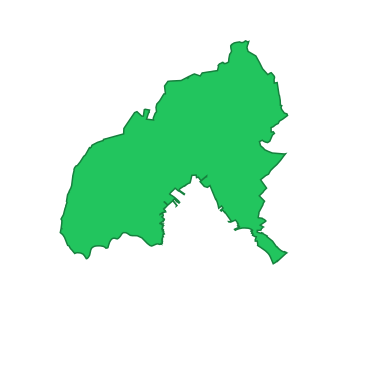 outline of Siguldas pag., Siguldas, Latvia, rotated 236°
{"feature_id": "27541924B22420925949574", "entity_name": "Siguldas pag.", "entity_type": "district", "adm_level": 2, "iso_a3": "LVA", "parent_name": "Latvia", "parent_adm1": "Siguldas", "projection": "mercator", "projection_center": [24.897, 57.148], "detail": "fine", "context": "isolated", "style": "filled", "palette": "green", "viewbox_px": 384, "rotation_deg": 236, "n_neighbors": 0, "source": "geoboundaries", "source_scale": "gbopen_adm2", "svg_char_len": 6013}
<svg xmlns="http://www.w3.org/2000/svg" viewBox="0 0 384 384"><g transform="rotate(236 192 192)"><path d="M88.5,236.4L89.1,235.9L89.4,236.2L90.8,235.3L90.6,234.9L92.4,233.7L93.8,233.0L96.5,232.2L99.2,231.8L99.4,231.4L106.2,231.3L113.2,229.1L113.5,229.7L118.0,227.4L118.2,227.7L119.5,226.8L119.0,226.2L122.3,223.6L123.7,224.6L122.2,227.0L122.0,227.5L121.9,228.1L122.8,229.1L122.9,230.6L123.2,231.0L123.1,231.6L126.4,230.0L126.5,236.8L126.9,237.1L128.8,236.5L130.9,235.3L131.1,235.4L133.6,232.5L133.8,232.5L136.9,235.6L137.3,235.6L138.2,237.0L141.7,243.6L142.7,244.6L143.8,247.0L151.2,245.6L152.1,250.7L152.9,252.7L153.5,256.0L163.8,255.7L164.2,260.3L164.4,262.3L164.0,265.4L165.6,268.6L165.9,269.4L166.7,273.5L167.3,277.7L168.8,283.3L170.5,288.0L171.4,290.9L171.8,289.9L179.4,280.4L183.2,277.8L186.4,275.9L188.4,275.7L192.0,274.7L196.1,276.1L195.6,279.3L194.3,279.6L192.3,280.8L190.7,282.3L190.6,284.9L194.2,290.5L194.5,293.1L196.4,293.1L196.6,293.0L196.9,291.9L197.5,291.2L201.2,293.6L200.7,295.9L201.0,299.0L200.6,301.8L201.9,304.1L201.7,308.0L202.0,314.0L203.7,314.4L205.8,312.7L210.3,312.5L212.4,313.1L213.4,314.7L214.8,313.8L215.1,314.2L218.5,316.3L222.8,318.3L224.2,318.6L235.1,323.8L236.3,321.1L239.5,323.0L239.9,323.6L241.1,324.7L242.6,324.9L246.6,324.4L246.9,323.4L246.9,320.5L254.7,319.4L261.3,320.3L269.1,321.0L277.2,317.1L281.0,318.3L282.5,319.9L283.5,321.4L285.0,323.1L285.2,322.1L286.5,321.5L287.4,320.8L287.3,318.4L287.8,317.2L288.5,316.2L289.8,315.4L291.2,312.4L292.0,310.3L292.1,307.3L291.8,307.3L291.5,305.8L289.5,304.7L286.6,303.5L285.6,301.8L285.1,300.3L282.1,297.3L279.3,295.0L279.6,292.2L280.4,290.5L281.2,290.5L281.4,290.2L282.2,290.1L282.5,289.5L282.4,288.9L282.8,286.5L282.7,285.8L282.6,285.7L282.3,284.4L281.2,284.1L278.4,281.0L280.2,277.3L281.1,275.2L282.6,272.2L285.0,267.0L283.6,263.7L288.5,260.0L288.9,258.3L289.5,253.7L288.7,253.1L288.7,252.5L289.6,253.2L290.5,245.3L296.0,236.2L297.2,233.9L295.2,228.5L288.3,224.9L289.0,223.5L285.6,216.1L284.6,212.0L282.3,209.5L278.3,207.4L277.8,205.4L274.8,201.1L273.2,200.4L277.8,195.0L281.8,200.1L281.9,200.8L282.1,201.2L282.6,201.3L283.7,202.6L286.8,199.4L286.9,198.5L282.1,194.1L282.9,192.8L289.4,191.3L289.9,188.8L282.8,171.1L278.4,167.8L285.1,148.0L284.3,147.3L286.0,141.4L286.7,135.3L285.5,133.3L285.4,132.1L286.1,131.8L282.3,124.3L282.1,122.1L279.5,116.2L278.7,113.7L278.1,111.8L278.4,110.5L278.4,110.0L277.5,107.8L276.6,106.7L275.9,106.4L272.2,102.4L264.7,95.9L263.0,93.7L261.2,90.4L260.7,90.3L260.7,89.9L259.3,87.3L254.4,82.7L253.0,82.4L252.9,82.1L251.3,79.8L250.5,79.2L249.4,77.6L245.1,72.8L242.8,68.3L241.1,68.2L238.6,66.3L235.7,63.7L235.0,63.6L235.3,63.4L232.0,60.1L229.3,60.9L227.9,61.0L225.4,60.9L217.3,59.1L216.1,59.9L212.9,59.6L211.7,59.9L206.6,60.4L206.5,61.4L205.9,62.9L203.9,65.4L201.6,66.9L199.4,67.2L195.8,67.1L195.5,67.8L195.6,68.8L196.0,70.0L196.9,71.8L200.5,75.6L201.4,77.0L201.7,78.1L201.7,79.5L201.5,80.8L201.0,82.1L199.8,84.2L198.6,85.9L196.5,88.1L194.8,89.0L193.6,89.2L193.0,90.4L192.9,91.2L194.7,93.3L196.6,95.8L197.6,98.0L197.9,99.5L197.8,100.6L197.2,101.7L196.6,102.4L195.7,103.0L194.8,104.1L194.9,105.9L195.4,107.8L196.6,110.7L196.7,111.7L196.6,112.5L195.1,114.6L193.5,115.4L190.6,116.6L189.2,118.1L187.7,120.3L186.3,122.2L182.0,124.8L174.3,126.2L171.1,127.3L169.8,128.3L169.5,129.4L168.8,133.2L168.5,134.0L167.8,135.0L167.0,135.5L166.6,136.0L166.3,136.6L166.5,137.0L165.8,137.5L166.6,137.7L166.5,138.2L166.6,138.5L166.3,138.8L166.7,139.0L167.2,139.6L167.7,139.7L167.8,140.0L168.4,139.7L168.8,140.4L169.5,140.6L169.4,141.0L170.1,141.2L170.3,141.4L170.2,141.7L170.7,142.1L171.1,143.0L171.4,142.8L171.5,143.0L171.2,143.3L172.5,143.6L172.8,144.0L172.8,144.4L172.7,144.8L172.9,144.9L172.9,145.2L172.8,145.6L173.3,145.6L173.5,145.1L173.8,145.1L174.2,145.4L174.5,146.0L174.8,145.9L175.1,146.3L175.4,146.0L176.7,147.2L176.9,147.1L176.8,146.8L176.6,146.8L176.7,146.3L176.9,146.6L177.8,146.3L178.3,146.5L178.3,146.9L178.6,147.0L178.8,147.3L178.6,147.4L178.6,147.6L179.1,148.0L179.5,147.9L179.8,148.3L179.8,148.7L179.9,149.1L180.2,148.6L180.4,148.7L180.5,149.5L181.1,149.4L181.5,149.1L181.4,149.7L181.6,150.3L183.8,147.8L184.0,148.1L183.9,148.2L183.9,148.7L184.2,149.9L184.0,150.1L183.9,150.1L183.8,150.5L183.8,150.9L183.5,151.4L184.1,151.5L184.1,152.0L184.7,152.4L184.7,152.6L184.2,153.0L184.7,153.7L184.9,153.9L188.2,153.1L188.3,154.9L191.2,156.1L191.1,154.5L191.3,153.0L191.5,153.2L191.3,154.5L191.4,155.5L191.4,156.2L190.2,159.1L191.3,159.4L193.1,159.0L193.4,159.2L193.8,159.1L194.1,160.5L193.8,160.7L194.7,164.5L199.2,163.4L199.2,163.7L194.7,164.7L195.5,171.2L190.0,171.7L189.6,171.7L189.1,171.2L189.2,172.0L195.8,171.5L196.1,173.5L194.3,173.8L194.1,173.7L192.0,174.1L191.9,174.5L190.1,175.0L190.4,176.0L192.2,175.5L192.2,175.8L192.7,175.7L197.3,174.5L200.2,173.4L202.5,172.3L202.9,172.3L203.6,174.8L204.1,177.9L204.6,180.1L200.6,181.3L200.4,181.4L200.5,181.7L194.3,184.0L194.6,184.7L200.8,182.3L201.3,183.5L201.5,184.0L201.4,189.0L201.1,189.0L201.0,190.5L201.3,190.7L201.2,192.7L201.3,192.9L200.7,195.5L201.6,196.4L201.5,196.5L205.9,201.2L203.7,204.9L201.4,203.8L200.8,205.5L196.4,205.8L197.1,213.1L196.5,212.6L196.8,212.3L196.0,204.5L189.8,205.3L187.2,207.4L187.3,210.5L172.7,207.5L172.7,207.9L169.6,207.3L166.8,206.4L163.6,205.1L163.9,208.7L161.3,208.8L161.0,205.4L159.8,205.6L160.0,207.3L156.7,207.6L156.8,208.0L145.6,208.3L145.9,207.3L147.0,205.8L146.6,205.8L145.5,207.1L145.4,207.4L144.4,212.4L140.2,212.6L140.2,212.0L138.6,212.0L138.5,210.9L137.4,211.0L137.4,211.7L136.8,211.8L136.9,211.1L136.5,211.1L136.5,210.7L137.2,207.2L137.3,206.4L136.1,206.5L135.9,208.1L135.3,210.3L134.1,213.4L133.0,215.2L130.6,218.3L129.7,219.1L127.9,220.3L126.4,220.8L126.1,219.8L126.8,219.4L126.4,218.9L125.0,219.5L124.5,218.4L123.0,219.1L122.3,218.0L119.9,219.2L119.0,220.3L117.7,218.7L117.1,217.7L115.9,217.0L114.8,218.7L111.6,217.1L111.0,216.5L107.5,218.0L102.2,220.0L99.0,220.7L97.1,220.9L94.6,220.7L87.1,219.2L86.9,222.2L87.3,224.2L86.8,224.1L88.5,235.2L88.5,236.4Z" fill="#22c55e" stroke="#15803d" stroke-width="1.5"/></g></svg>